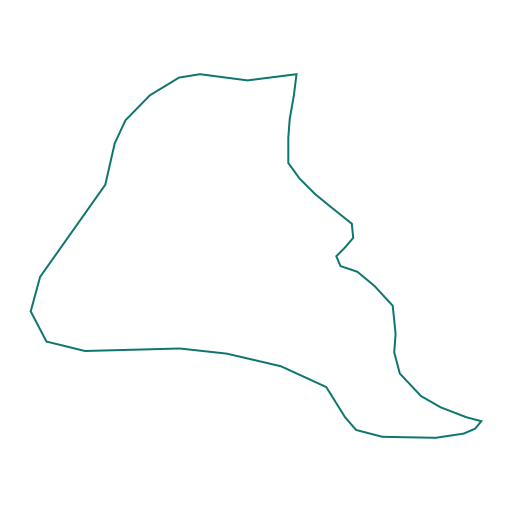 SVG path tracing the border of South West
{"feature_id": "SGP-4872", "entity_name": "South West", "entity_type": "state/province", "adm_level": 1, "iso_a3": "SGP", "parent_name": "Singapore", "parent_adm1": "", "projection": "albers", "projection_center": [103.764, 1.348], "detail": "fine", "context": "isolated", "style": "outline", "palette": "teal", "viewbox_px": 512, "rotation_deg": 0, "n_neighbors": 0, "source": "natural_earth", "source_scale": "10m", "svg_char_len": 657}
<svg xmlns="http://www.w3.org/2000/svg" viewBox="0 0 512 512"><path d="M481.3,421.2L475.1,428.7L463.7,433.6L435.7,437.8L382.4,436.8L356.1,430.0L344.9,417.0L326.3,387.1L281.0,366.3L226.5,353.6L179.8,348.5L85.0,351.0L46.5,341.6L30.7,311.4L40.1,276.9L105.3,184.7L114.7,143.4L125.5,120.2L150.0,95.2L179.0,77.6L199.9,74.2L247.5,80.4L296.5,74.2L293.9,95.2L289.7,119.2L288.3,137.6L288.3,163.0L299.6,178.6L315.1,194.1L330.6,206.8L351.8,223.7L353.2,237.9L344.7,247.8L336.3,256.2L340.5,266.1L357.4,271.8L374.4,285.9L392.7,305.7L395.6,333.9L394.2,352.3L399.8,373.5L421.0,396.1L440.8,407.4L466.2,417.2L481.3,421.2Z" fill="none" stroke="#0f766e" stroke-width="2"/></svg>